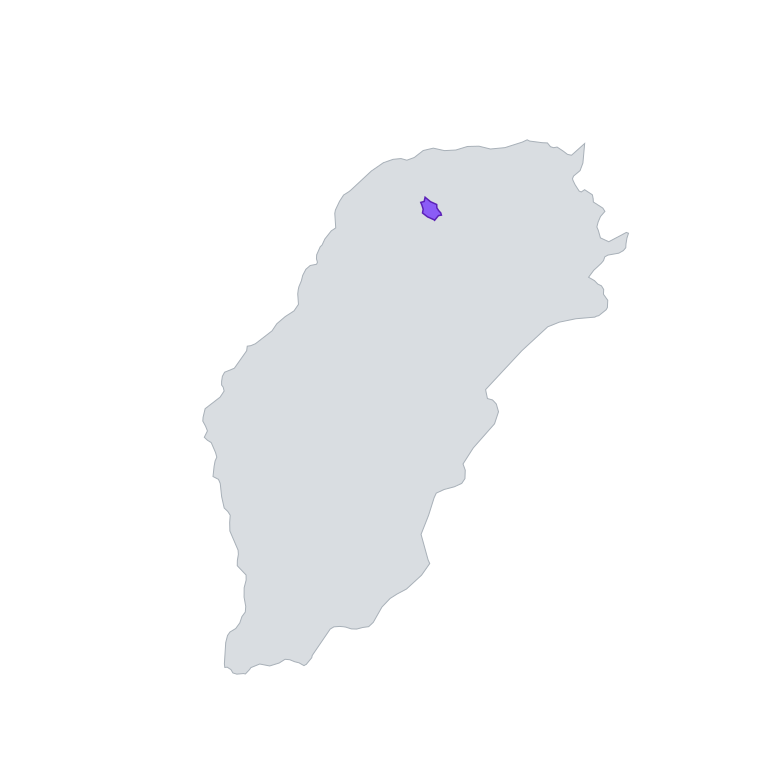 where Kaposvár sits in Hungary, rotated 136°
{"feature_id": "HUN-4912", "entity_name": "Kaposvár", "entity_type": "Urban county", "adm_level": 1, "iso_a3": "HUN", "parent_name": "Hungary", "parent_adm1": "", "projection": "natural_earth1", "projection_center": [17.786, 46.351], "detail": "fine", "context": "in_parent", "style": "filled", "palette": "violet", "viewbox_px": 768, "rotation_deg": 136, "n_neighbors": 0, "source": "natural_earth", "source_scale": "10m", "svg_char_len": 2995}
<svg xmlns="http://www.w3.org/2000/svg" viewBox="0 0 768 768"><g transform="rotate(136 384 384)"><path d="M626.1,237.3L634.8,236.3L635.1,236.5L637.2,237.0L638.8,242.4L639.0,242.8L641.2,246.3L643.3,251.1L646.4,254.7L653.2,256.1L662.1,260.6L667.9,268.9L676.6,272.4L677.2,272.4L678.9,272.0L685.1,271.7L686.3,273.4L691.4,277.5L693.4,281.1L692.5,284.9L693.5,289.2L695.4,290.7L693.2,293.6L677.4,308.0L671.2,311.8L667.1,312.6L660.5,311.1L653.7,312.3L647.7,315.4L642.2,316.3L638.0,320.0L632.7,327.9L626.1,334.6L619.4,338.7L615.9,342.4L615.8,355.2L612.1,358.9L607.1,362.6L604.4,365.8L597.0,385.3L591.2,391.6L585.8,396.4L584.9,400.8L585.1,405.8L579.0,415.8L570.9,426.2L569.3,430.4L571.3,436.2L563.4,442.8L558.9,446.0L555.1,447.5L552.8,451.7L549.0,461.8L550.1,466.3L550.3,470.5L543.6,472.9L541.7,477.5L540.1,483.2L537.3,485.7L529.8,490.5L511.0,488.4L503.9,490.0L501.9,493.4L501.5,496.1L499.1,498.6L494.9,501.8L490.5,503.2L480.7,499.3L459.7,503.3L456.1,506.2L453.2,504.1L448.6,502.3L427.6,500.0L419.3,501.8L408.2,501.1L397.9,499.1L390.2,500.7L383.5,508.7L380.2,511.4L377.6,513.1L371.8,515.6L367.0,518.6L360.5,520.8L354.8,520.5L349.3,517.0L347.3,517.8L345.6,521.0L342.7,523.7L334.6,527.0L332.5,527.0L332.0,527.0L325.8,529.4L315.5,530.8L310.3,529.8L300.9,540.9L298.1,542.9L289.1,546.3L281.8,548.0L275.5,546.7L273.1,546.5L245.2,546.0L230.7,543.6L221.4,539.3L215.2,534.4L212.1,529.1L204.9,525.9L193.6,524.7L184.7,519.4L178.4,509.9L169.8,502.4L159.0,496.9L150.5,489.1L144.2,479.1L132.8,470.0L116.4,461.9L111.4,460.2L110.5,457.6L102.5,447.6L99.0,443.9L99.4,439.0L97.8,436.1L94.9,434.2L93.3,427.0L92.5,421.7L90.2,418.3L72.6,417.6L87.4,404.8L94.7,401.3L103.2,401.9L105.9,400.7L106.7,398.9L108.1,394.7L108.9,390.8L109.6,387.2L108.7,385.1L104.7,384.4L102.7,375.3L104.9,371.9L107.0,369.5L104.4,358.5L105.2,354.7L111.9,354.1L117.4,351.8L121.8,349.1L123.1,345.7L126.8,338.8L123.5,330.2L104.4,324.7L103.4,322.6L107.9,320.2L112.6,316.7L115.4,314.1L119.1,313.7L124.2,315.0L133.4,321.2L136.9,322.1L140.3,320.3L144.0,319.9L154.1,320.1L162.7,318.7L160.8,312.1L160.8,307.4L159.4,303.6L160.3,299.4L163.8,296.1L164.9,288.8L170.2,283.8L172.7,283.1L182.1,284.0L184.3,285.3L185.8,285.6L200.7,297.7L214.9,306.7L226.5,311.4L243.6,311.8L261.7,312.2L292.1,310.6L314.8,309.4L316.3,307.1L319.7,301.7L317.0,297.1L317.1,291.6L320.9,284.5L332.1,278.6L364.2,276.0L382.7,271.6L385.4,265.6L391.5,259.7L397.1,258.5L404.8,261.2L414.1,266.4L422.2,269.2L426.9,267.4L443.1,258.6L461.8,250.1L474.5,226.8L475.8,223.1L489.8,220.4L510.2,220.9L520.7,223.9L528.6,225.5L540.4,225.0L557.3,220.0L563.6,220.1L568.5,223.7L573.9,226.7L577.6,230.5L580.4,235.7L581.9,237.7L584.3,240.4L588.7,244.1L592.9,245.1L624.2,238.6L626.1,237.3Z" fill="#d9dde1" stroke="#a8b0b8" stroke-width="1"/><path d="M225.4,465.6L227.8,467.3L233.9,466.6L233.9,467.3L236.6,474.0L237.5,480.3L234.4,482.5L232.5,486.3L231.4,489.1L228.3,487.4L224.7,489.8L223.9,482.8L221.4,476.5L223.6,474.0L224.2,470.9L224.3,467.7L225.4,465.6Z" fill="#8b5cf6" stroke="#5b21b6" stroke-width="1.5"/></g></svg>